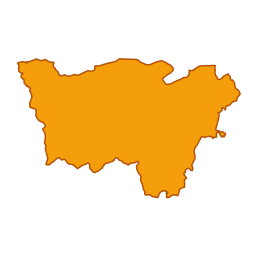 Sanmatenga, Sanmatenga, Burkina Faso (Mercator projection), rotated 271°
{"feature_id": "67063806B54692073140068", "entity_name": "Sanmatenga", "entity_type": "district", "adm_level": 2, "iso_a3": "BFA", "parent_name": "Burkina Faso", "parent_adm1": "Sanmatenga", "projection": "mercator", "projection_center": [-1.024, 13.246], "detail": "fine", "context": "isolated", "style": "filled", "palette": "amber", "viewbox_px": 256, "rotation_deg": 271, "n_neighbors": 0, "source": "geoboundaries", "source_scale": "gbopen_adm2", "svg_char_len": 5806}
<svg xmlns="http://www.w3.org/2000/svg" viewBox="0 0 256 256"><g transform="rotate(271 128 128)"><path d="M191.9,214.1L192.0,211.7L191.6,206.3L191.8,205.0L191.4,202.1L191.5,200.2L191.1,198.4L190.5,197.1L188.7,194.7L188.6,194.0L186.6,192.6L186.9,191.2L186.3,190.2L186.3,189.3L186.8,188.2L185.8,188.3L184.1,188.1L183.2,188.5L181.9,187.7L179.8,185.8L179.5,185.3L179.4,182.6L177.6,179.9L176.3,176.3L173.2,170.7L172.8,169.6L172.3,166.1L172.4,165.4L172.7,164.9L176.6,162.0L177.8,161.6L178.4,162.1L182.0,166.5L183.6,169.2L185.4,171.2L185.8,171.6L187.1,172.2L188.1,172.2L189.7,171.2L191.6,169.3L192.4,167.9L192.6,167.1L192.9,166.5L193.4,165.9L194.6,163.7L195.7,160.9L195.6,159.0L194.5,155.0L192.2,150.2L191.4,147.2L191.5,145.6L192.7,142.7L193.4,140.4L196.3,136.4L196.7,135.3L196.8,125.2L197.0,119.5L197.0,118.3L194.5,114.7L194.2,113.9L193.1,110.3L192.9,108.6L191.1,102.4L189.5,98.2L189.7,96.2L189.4,93.9L189.0,93.7L186.6,93.9L185.8,93.6L185.2,93.2L184.7,92.4L184.3,90.8L184.2,89.3L184.5,86.7L179.9,77.4L179.9,76.4L180.4,74.6L180.5,73.4L179.2,69.9L178.6,67.1L179.0,65.8L180.0,64.0L179.9,63.2L179.0,61.0L179.0,60.2L179.5,59.0L181.0,57.6L182.2,57.4L182.9,57.0L183.8,55.8L184.6,55.3L185.0,54.6L186.1,54.2L186.7,53.8L187.0,53.2L188.1,52.3L190.5,52.2L191.2,52.3L191.9,52.8L192.2,52.7L192.5,51.3L192.3,49.6L193.4,46.6L194.8,44.8L195.0,44.2L194.9,43.6L193.9,41.3L194.0,40.0L193.8,39.1L194.5,37.8L194.6,37.0L195.1,36.6L195.3,36.0L195.2,34.2L194.1,32.5L193.5,30.2L192.8,28.9L192.5,27.2L192.6,26.6L192.2,26.0L192.3,25.7L191.3,25.6L192.2,23.7L192.0,23.4L192.2,23.2L192.5,21.2L191.9,20.0L191.9,19.0L191.4,17.0L191.1,16.7L190.5,16.5L189.9,17.2L188.6,17.9L187.8,18.0L186.2,17.6L185.1,17.6L183.1,17.8L182.6,18.1L182.0,18.7L181.5,19.6L180.9,21.7L180.1,21.7L179.8,21.0L179.0,20.4L178.6,20.2L176.7,20.3L175.6,21.6L174.9,22.8L174.0,23.2L172.5,23.4L172.0,23.2L171.5,23.3L170.9,23.8L170.5,23.9L169.3,25.4L168.4,25.7L168.0,26.1L167.7,26.5L168.0,26.8L168.1,27.1L167.4,28.1L166.3,28.6L166.4,29.4L165.7,29.3L165.0,29.7L164.3,29.5L163.7,29.1L162.9,29.2L162.8,29.5L162.0,30.0L161.4,30.1L160.5,30.6L157.7,31.4L155.0,30.9L152.8,29.8L150.7,29.2L147.7,29.6L146.9,29.9L146.7,30.3L146.4,31.6L146.0,32.2L145.7,34.7L144.9,35.6L144.2,35.8L143.6,35.6L142.8,35.6L140.8,36.1L139.0,35.5L137.0,36.5L134.3,38.4L133.8,39.0L131.8,43.2L130.4,44.6L129.5,45.1L128.5,45.2L127.6,45.0L126.2,43.4L125.7,42.9L125.2,42.8L124.0,43.4L122.7,44.5L120.2,45.2L116.7,45.5L114.9,45.4L112.9,44.9L111.2,44.9L108.9,46.3L106.4,45.8L105.3,45.9L100.0,47.2L96.4,48.3L95.0,48.1L90.3,46.6L89.8,47.9L89.9,49.6L90.1,50.4L90.9,51.1L94.1,55.1L96.2,57.2L97.1,59.3L97.1,59.8L94.9,62.3L95.0,63.1L95.4,63.7L95.5,64.3L95.4,65.2L94.9,65.9L92.4,67.7L91.3,69.0L91.0,69.6L90.8,71.5L90.5,72.6L89.5,74.8L86.6,78.0L87.2,79.2L90.2,83.7L90.7,85.7L92.1,88.0L92.2,88.5L92.2,88.9L91.5,89.8L90.7,90.3L87.3,90.4L86.7,90.8L83.9,93.6L83.1,94.2L82.9,95.0L82.9,95.6L83.9,97.5L84.6,99.3L87.1,102.2L87.4,102.8L87.7,103.1L89.5,103.8L89.8,104.3L90.3,104.7L90.8,104.6L92.1,105.8L92.0,106.3L92.5,107.4L92.6,108.7L93.9,110.9L93.9,111.9L94.1,112.3L94.1,112.8L94.5,113.0L95.2,113.7L95.1,114.2L95.2,114.4L95.5,114.7L96.5,114.7L98.1,116.6L98.1,117.6L97.3,118.5L95.8,119.7L95.4,120.3L95.1,122.1L92.9,124.1L92.6,125.0L92.7,126.3L92.5,126.8L91.7,127.4L91.6,128.3L91.0,128.7L91.0,129.0L92.9,131.4L93.2,134.4L94.3,137.2L94.7,137.8L94.8,138.7L94.2,139.2L92.3,138.9L91.3,137.9L89.6,137.2L86.8,137.6L83.3,139.2L80.8,141.3L79.8,141.8L77.0,141.5L75.8,141.6L71.8,143.3L69.0,144.0L68.0,144.4L66.9,144.5L65.7,145.2L65.0,145.8L64.2,146.0L62.8,145.8L62.2,146.0L61.5,146.6L61.2,147.4L61.6,149.2L61.7,150.6L61.0,152.0L59.9,153.6L59.0,158.5L59.3,159.2L61.5,159.8L64.0,161.1L65.4,163.0L65.9,165.5L65.6,167.0L65.2,167.0L64.8,168.1L64.0,168.9L63.4,168.8L63.3,168.4L63.5,167.7L63.2,167.3L62.3,168.0L62.0,167.9L59.5,167.8L59.0,168.2L59.2,168.7L59.5,170.6L61.3,172.9L61.7,173.7L61.9,175.4L61.7,177.3L61.3,178.9L62.7,179.5L67.5,180.7L68.0,181.1L69.0,182.9L69.5,184.7L69.8,185.4L73.0,185.6L77.0,185.2L77.5,185.6L78.7,187.2L79.5,187.1L81.3,185.6L81.9,185.5L82.0,185.1L82.3,184.9L83.8,184.9L84.4,185.2L84.8,186.1L85.2,186.2L85.7,185.9L87.4,186.5L88.2,187.4L88.5,188.0L88.7,189.8L88.4,190.4L87.6,190.8L87.1,191.3L86.7,192.0L86.7,193.0L87.3,192.9L87.7,193.3L89.0,193.5L91.5,192.6L92.8,192.6L96.3,194.4L99.0,195.6L101.5,195.3L105.0,194.6L107.4,194.7L109.7,195.6L112.6,197.6L115.2,198.7L117.6,200.2L120.4,201.5L120.5,201.6L120.3,202.2L120.5,203.0L120.4,203.7L119.9,204.9L121.0,207.8L121.0,209.5L120.7,210.2L121.0,210.7L120.9,211.3L121.2,211.6L120.8,212.2L119.9,212.4L119.1,213.0L119.9,214.1L120.4,214.5L120.3,216.1L120.5,216.5L121.4,216.7L123.4,216.4L124.7,216.6L125.3,217.4L124.8,218.8L124.3,219.4L122.5,220.6L121.4,221.1L120.8,222.1L120.7,222.5L120.8,223.2L121.7,223.5L121.7,224.0L121.4,224.3L121.9,224.4L122.0,224.8L122.4,224.8L122.9,225.3L122.9,225.5L123.3,225.7L124.4,225.2L124.6,224.5L125.2,223.8L125.6,223.1L125.8,222.3L125.6,221.8L125.6,220.6L126.7,219.2L126.8,218.9L126.9,216.5L127.2,216.1L127.6,215.9L129.5,215.9L132.9,216.9L136.2,217.6L137.1,218.1L139.5,218.3L141.4,218.8L142.9,218.8L144.0,218.5L144.0,218.4L144.7,217.9L145.5,219.9L147.4,221.8L149.7,221.5L149.8,222.8L149.6,223.4L148.0,224.9L149.5,225.4L150.8,225.4L151.5,225.7L152.3,228.5L153.7,230.1L154.9,231.0L156.4,233.0L156.7,233.8L156.7,235.3L157.0,235.7L157.7,236.2L159.9,236.5L163.6,239.3L164.0,239.5L164.5,239.4L167.1,238.1L167.9,237.4L168.3,237.0L168.8,235.8L169.5,235.1L171.2,234.3L174.4,233.8L175.9,233.1L177.8,231.7L177.6,230.5L178.3,229.7L178.9,229.5L180.8,229.4L183.7,227.2L183.2,226.9L183.4,226.5L183.3,226.0L181.4,222.6L180.7,221.8L179.7,221.2L178.8,220.1L178.2,219.0L178.0,217.8L178.4,216.9L179.5,216.2L181.0,215.9L181.5,215.1L182.2,214.7L184.5,214.0L185.7,214.0L187.5,214.3L188.7,213.8L189.3,213.7L191.9,214.1Z" fill="#f59e0b" stroke="#b45309" stroke-width="1.5"/></g></svg>